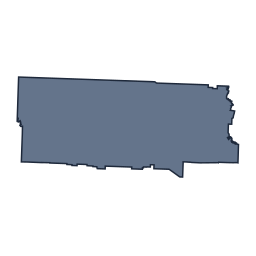 outline of Koorda, Western Australia, Australia, rotated 272°
{"feature_id": "25037944B75420720277181", "entity_name": "Koorda", "entity_type": "district", "adm_level": 2, "iso_a3": "AUS", "parent_name": "Australia", "parent_adm1": "Western Australia", "projection": "mercator", "projection_center": [117.388, -30.604], "detail": "fine", "context": "isolated", "style": "filled", "palette": "slate", "viewbox_px": 256, "rotation_deg": 272, "n_neighbors": 0, "source": "geoboundaries", "source_scale": "gbopen_adm2", "svg_char_len": 4463}
<svg xmlns="http://www.w3.org/2000/svg" viewBox="0 0 256 256"><g transform="rotate(272 128 128)"><path d="M88.9,88.4L88.8,94.3L88.2,94.3L88.2,98.2L87.2,98.4L86.3,98.7L86.3,106.6L89.1,106.6L89.1,133.1L87.3,133.1L87.3,143.8L88.7,143.8L88.7,144.8L89.6,144.8L89.6,146.7L89.6,148.1L89.8,148.3L89.8,148.5L89.8,151.7L92.1,151.7L92.1,155.3L88.2,155.3L88.2,170.5L81.0,181.3L80.9,181.5L80.9,184.1L80.9,184.3L81.1,184.3L90.6,184.3L96.1,184.3L96.1,188.4L96.0,189.0L96.0,191.1L96.0,191.7L95.8,192.7L95.7,201.2L96.5,219.3L96.4,219.5L96.9,219.7L96.9,228.9L97.0,234.6L97.1,235.8L97.2,238.1L97.0,239.1L115.4,239.0L115.6,237.6L116.3,237.3L116.4,237.0L116.5,236.7L116.7,236.8L116.8,236.8L116.8,236.6L116.7,236.5L116.4,236.4L116.4,236.2L116.2,236.2L116.1,236.3L115.8,236.3L115.7,236.2L115.8,236.0L116.3,235.9L116.4,235.7L116.1,235.5L116.0,235.4L116.1,235.2L116.3,235.0L116.5,235.2L116.6,235.3L117.0,235.2L117.2,235.3L117.3,235.4L117.4,235.5L117.5,235.6L117.7,235.4L117.6,235.2L117.4,234.9L116.8,234.6L116.7,234.5L116.7,234.4L116.9,234.2L117.2,234.1L117.4,234.1L117.7,234.3L117.8,234.3L117.9,234.2L117.9,233.9L117.7,233.9L117.4,233.8L117.3,233.5L117.2,233.5L116.9,233.7L116.7,233.5L116.7,233.4L116.8,233.3L117.1,233.2L117.5,233.1L117.8,233.3L118.0,233.3L118.1,233.2L117.8,232.9L117.4,232.6L117.4,232.4L117.4,232.2L117.7,232.1L117.9,232.1L118.0,232.1L118.0,232.3L118.2,232.6L118.4,232.7L118.4,232.4L118.2,232.1L118.1,231.9L118.3,231.7L118.6,231.6L118.8,231.6L119.2,231.7L119.5,231.7L119.7,231.8L119.5,232.0L119.4,232.2L119.4,232.3L119.6,232.2L120.0,232.0L120.3,232.1L120.6,232.3L120.8,232.3L121.0,232.1L121.8,231.8L122.1,231.7L121.9,231.1L121.9,230.9L122.4,230.7L122.6,230.7L122.8,230.6L122.8,230.4L122.6,230.4L122.4,230.2L122.2,230.1L122.1,230.3L121.9,230.2L121.5,230.3L121.4,230.3L121.3,230.2L121.2,230.2L121.1,229.9L120.9,229.7L121.0,229.2L121.0,228.8L121.0,228.7L120.9,228.7L120.7,228.9L120.4,228.9L120.2,229.0L120.1,228.9L120.6,228.6L120.8,228.5L121.5,228.0L121.7,227.8L121.8,227.7L122.0,227.8L122.0,228.0L121.9,228.1L122.0,228.1L122.1,228.3L121.9,228.4L121.8,228.8L122.0,228.9L122.3,228.9L122.5,228.9L122.7,229.1L122.5,229.3L122.5,229.5L122.8,229.4L123.3,229.4L124.2,229.3L125.3,229.2L126.0,228.8L126.4,228.4L126.7,228.3L126.9,228.2L135.4,228.2L135.4,231.5L141.2,231.5L141.3,231.8L141.8,232.7L144.1,233.0L146.4,233.6L148.7,234.0L148.9,232.7L149.2,229.9L149.3,230.0L149.5,229.9L150.3,230.0L150.7,229.8L152.7,230.6L153.2,230.6L153.5,230.6L153.7,230.3L154.0,231.1L154.1,230.8L154.8,231.3L154.7,231.7L154.7,232.0L154.6,232.7L155.2,231.9L155.9,231.5L155.9,231.0L156.3,230.6L156.8,230.4L157.6,230.8L158.3,230.8L158.5,230.7L158.3,230.3L158.0,230.2L158.1,229.8L158.0,229.4L158.4,229.3L158.7,229.5L158.8,229.3L158.8,228.9L159.2,229.1L159.4,229.1L159.2,228.6L159.2,228.4L159.4,228.2L159.8,228.3L159.9,228.1L159.5,227.7L159.8,227.4L160.3,227.3L160.2,227.1L160.5,227.1L160.4,226.9L160.4,226.0L160.7,225.9L161.2,225.9L161.3,225.8L161.3,225.5L161.5,225.5L163.3,225.4L164.0,225.6L164.9,226.1L165.2,226.0L165.9,226.6L165.9,226.3L166.1,226.3L166.4,226.7L166.9,226.8L167.6,227.3L167.9,227.3L168.2,227.4L168.5,227.4L168.5,227.1L168.5,226.9L169.1,226.6L169.4,226.3L169.7,225.6L169.8,225.7L170.3,225.5L170.5,225.7L171.0,226.2L171.0,226.3L170.6,226.6L170.3,226.5L170.2,226.6L170.7,226.9L171.4,226.9L171.5,226.8L171.2,226.4L171.4,226.3L171.6,226.4L171.7,225.9L171.9,226.3L171.8,227.0L172.4,227.3L173.0,227.2L173.3,227.1L173.3,221.9L173.3,218.3L173.3,215.8L170.4,215.8L170.4,211.2L171.4,211.2L171.4,206.7L173.9,206.7L173.9,154.9L175.1,153.2L175.1,67.5L175.1,16.9L131.6,17.0L131.8,17.2L132.1,17.2L132.4,17.5L133.0,17.7L133.2,17.8L133.3,17.9L133.2,17.9L132.3,17.7L132.1,17.7L132.3,17.9L132.1,17.8L131.7,17.6L131.5,17.4L131.3,17.4L131.0,17.4L130.8,17.6L130.5,17.7L130.2,18.0L130.2,18.3L130.3,18.6L130.7,19.0L131.0,19.1L131.3,19.7L131.2,19.7L130.7,19.7L130.4,19.7L130.4,19.8L130.5,19.9L130.7,20.0L131.3,19.9L131.4,20.0L131.2,20.1L130.5,20.2L130.2,20.2L130.2,20.3L130.5,20.3L130.3,20.5L130.2,20.5L130.1,20.4L129.3,20.6L129.1,20.5L128.8,20.6L128.6,20.7L128.4,20.8L128.4,20.5L128.2,20.6L128.1,20.4L127.8,20.3L128.1,20.7L128.1,20.8L127.9,20.9L127.7,20.3L127.5,20.1L127.4,20.1L127.1,20.1L126.6,20.3L126.0,20.7L126.0,20.9L125.8,21.1L126.0,21.6L126.0,21.9L126.1,22.1L126.1,22.5L124.9,22.5L118.2,22.6L90.4,22.6L90.5,28.8L90.4,43.1L90.5,43.1L90.5,45.0L90.6,51.1L90.3,51.1L90.3,68.2L89.4,68.2L89.4,73.3L88.6,73.3L88.6,78.4L90.1,78.4L90.1,88.3L88.9,88.4Z" fill="#64748b" stroke="#1e293b" stroke-width="1.5"/></g></svg>